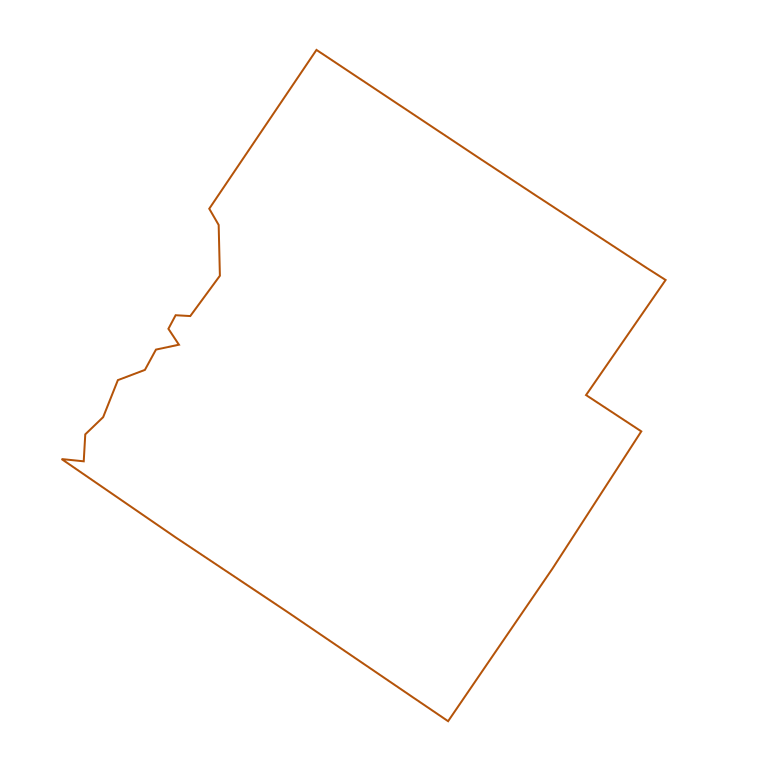 outline of Dubois, Indiana, United States of America, rotated 304°
{"feature_id": "52423323B15239481819744", "entity_name": "Dubois", "entity_type": "district", "adm_level": 2, "iso_a3": "USA", "parent_name": "United States of America", "parent_adm1": "Indiana", "projection": "robinson", "projection_center": [-86.913, 38.365], "detail": "fine", "context": "isolated", "style": "outline", "palette": "amber", "viewbox_px": 768, "rotation_deg": 304, "n_neighbors": 0, "source": "geoboundaries", "source_scale": "gbopen_adm2", "svg_char_len": 502}
<svg xmlns="http://www.w3.org/2000/svg" viewBox="0 0 768 768"><g transform="rotate(304 384 384)"><path d="M324.5,172.8L309.2,174.4L301.9,192.0L285.0,175.7L262.0,177.9L238.4,161.2L199.5,169.7L175.2,164.5L152.0,178.3L141.5,158.7L140.3,297.5L141.0,429.2L140.4,582.5L140.3,625.7L209.1,626.1L325.1,626.9L488.6,623.8L487.8,557.7L627.7,559.3L627.1,536.7L625.2,404.7L624.5,338.9L623.2,141.2L431.6,141.1L423.4,158.0L382.0,187.4L332.0,185.4L324.5,172.8Z" fill="none" stroke="#b45309" stroke-width="2"/></g></svg>